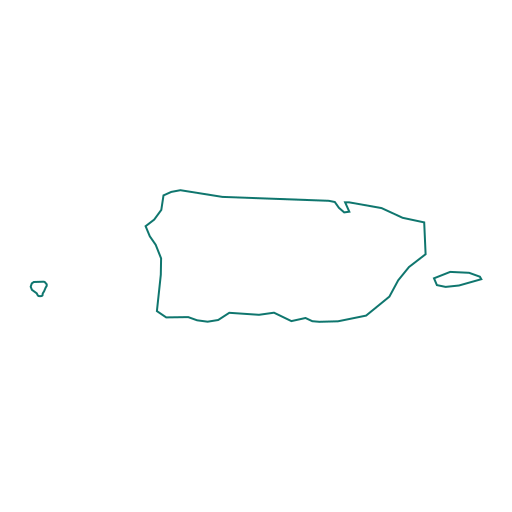 SVG path tracing the border of Puerto Rico
{"feature_id": "PRI", "entity_name": "Puerto Rico", "entity_type": "country or territory", "adm_level": 0, "iso_a3": "PRI", "parent_name": "North America", "parent_adm1": "", "projection": "equal_earth", "projection_center": [-66.749, 18.235], "detail": "fine", "context": "isolated", "style": "outline", "palette": "teal", "viewbox_px": 512, "rotation_deg": 0, "n_neighbors": 0, "source": "natural_earth", "source_scale": "50m", "svg_char_len": 938}
<svg xmlns="http://www.w3.org/2000/svg" viewBox="0 0 512 512"><path d="M338.9,207.8L344.2,212.4L349.3,211.7L345.1,202.3L348.9,202.3L381.6,208.1L402.6,217.8L424.2,222.4L425.6,254.2L409.0,267.0L398.2,280.3L389.4,296.6L366.1,315.6L338.0,321.3L319.3,321.8L312.3,321.2L305.5,318.0L291.4,321.1L274.0,312.7L259.0,314.8L229.3,312.8L218.2,320.0L207.6,321.7L197.1,320.3L188.2,317.1L166.2,317.4L156.9,311.1L160.8,274.8L161.1,258.4L155.7,244.8L149.8,236.3L145.6,226.2L154.2,219.6L161.3,209.9L163.5,195.4L171.3,191.9L180.4,190.2L222.4,196.9L328.8,200.8L334.8,202.0L338.9,207.8ZM459.0,285.5L445.6,286.9L436.9,285.1L434.0,278.3L450.2,271.9L469.1,272.8L479.9,276.7L481.3,279.2L459.0,285.5ZM41.7,296.0L40.1,296.2L38.5,296.0L37.8,295.4L36.7,293.3L31.9,289.8L30.7,286.7L31.8,283.4L33.8,282.0L43.7,281.7L44.7,282.0L46.7,284.3L46.7,285.9L45.7,287.5L44.0,291.5L43.3,292.5L42.7,293.6L42.5,295.4L41.7,296.0Z" fill="none" stroke="#0f766e" stroke-width="2"/></svg>